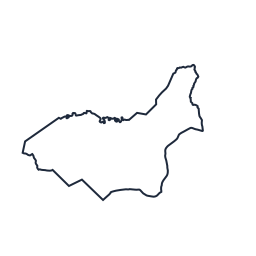 outline of Nueva Arcadia, Copán, Honduras, rotated 42°
{"feature_id": "27666195B2783617949739", "entity_name": "Nueva Arcadia", "entity_type": "district", "adm_level": 2, "iso_a3": "HND", "parent_name": "Honduras", "parent_adm1": "Copán", "projection": "mercator", "projection_center": [-88.713, 15.107], "detail": "fine", "context": "isolated", "style": "outline", "palette": "slate", "viewbox_px": 256, "rotation_deg": 42, "n_neighbors": 0, "source": "geoboundaries", "source_scale": "gbopen_adm2", "svg_char_len": 5679}
<svg xmlns="http://www.w3.org/2000/svg" viewBox="0 0 256 256"><g transform="rotate(42 128 128)"><path d="M125.3,57.3L129.5,69.8L129.9,73.2L129.4,78.8L129.4,82.9L129.8,88.1L133.1,91.6L132.3,105.9L124.6,110.7L123.3,121.4L123.0,121.5L122.8,121.6L122.2,122.4L121.3,123.3L121.0,123.5L120.4,123.7L119.5,124.3L119.3,124.6L119.3,124.8L119.4,125.0L119.3,125.3L119.1,125.4L118.9,125.4L118.6,125.4L118.0,125.1L117.8,124.9L117.2,124.3L117.0,124.1L116.6,124.0L116.4,124.1L116.2,124.5L116.4,124.8L116.6,125.0L117.1,125.2L117.5,125.5L118.1,126.9L118.4,127.7L118.4,128.0L118.4,128.6L118.2,129.0L117.8,129.1L116.8,128.8L116.3,128.8L116.2,128.7L115.6,128.0L115.5,127.9L115.2,127.9L114.8,128.0L113.8,128.4L113.6,128.6L113.4,128.9L113.4,129.3L113.5,129.5L115.1,129.6L115.3,129.7L115.5,130.0L115.5,130.5L115.3,130.9L115.0,131.1L114.4,131.2L113.6,131.2L113.3,131.1L113.2,131.0L112.9,130.6L112.5,129.6L112.2,129.2L111.7,129.3L111.3,129.4L111.2,129.6L110.9,130.8L110.8,131.0L110.7,131.2L110.2,131.5L109.3,132.0L108.6,132.2L108.1,132.4L107.9,132.5L108.0,132.8L108.2,133.0L108.9,133.3L109.2,133.5L109.0,134.3L108.9,134.6L108.8,134.8L108.5,134.9L108.2,134.9L107.4,134.0L106.9,133.7L106.2,133.6L105.6,133.6L105.4,133.7L105.3,133.9L105.1,134.2L104.9,134.9L104.6,135.4L103.9,136.1L103.1,136.5L102.8,136.8L102.7,137.0L102.7,137.3L102.8,137.5L103.0,137.7L103.4,137.8L105.3,138.0L106.8,139.0L107.1,139.4L107.3,139.7L107.2,140.1L106.9,140.4L106.8,140.5L106.7,140.5L105.9,140.3L105.1,140.2L105.0,140.4L104.7,140.8L104.5,141.5L104.4,141.8L104.2,141.9L103.8,142.1L103.1,142.2L102.7,142.1L102.4,141.9L102.0,140.4L101.7,139.7L101.3,139.4L100.9,139.2L99.9,139.2L98.7,139.3L96.1,139.7L94.0,139.9L93.1,140.2L92.7,140.4L92.1,140.8L91.6,141.1L91.3,141.1L90.5,141.1L89.8,141.1L89.5,141.0L89.3,140.8L89.1,140.7L88.7,140.7L88.4,140.9L87.1,142.1L86.4,142.5L86.0,142.8L86.0,143.0L87.2,144.6L87.2,144.8L87.2,145.0L85.4,146.0L85.1,146.6L85.3,147.1L85.2,147.7L85.1,148.0L84.6,148.8L84.3,149.7L82.3,152.0L81.5,153.1L81.2,153.4L80.9,153.5L80.7,153.4L80.4,153.3L79.8,152.8L79.2,152.5L79.0,152.4L78.8,152.4L78.5,152.5L77.2,153.5L77.1,153.9L77.2,154.4L77.3,154.7L77.7,154.8L77.9,155.0L78.1,155.6L78.2,156.2L78.0,156.7L77.5,157.3L77.0,157.7L76.5,158.0L76.0,158.3L75.4,158.3L75.0,158.5L74.4,158.9L74.2,159.2L74.2,159.3L74.2,159.5L74.3,159.6L74.7,159.7L74.8,159.7L75.5,159.2L75.8,159.1L76.2,159.1L76.6,159.3L76.7,159.6L76.7,160.0L76.6,160.4L76.2,161.1L76.1,161.6L75.7,161.7L75.1,161.2L74.6,160.9L74.3,160.9L74.0,161.1L73.5,161.6L73.2,162.1L72.7,163.4L72.1,165.0L71.9,166.1L69.8,166.7L60.5,206.8L66.3,216.9L67.0,216.7L67.4,216.6L68.1,216.2L68.7,215.7L69.4,215.3L70.5,215.0L71.6,214.9L72.2,214.7L73.3,214.1L73.5,213.9L73.7,213.6L74.1,211.8L74.3,211.4L76.0,211.8L76.7,212.2L77.6,212.8L78.1,213.1L80.1,213.5L81.2,213.8L81.5,214.0L81.7,214.3L82.5,215.5L83.0,215.9L83.6,216.2L85.8,216.7L86.1,217.0L86.9,218.1L87.2,218.3L88.4,218.7L89.4,218.8L89.5,218.8L89.8,218.1L90.0,217.9L90.2,217.7L90.6,217.5L91.3,217.2L92.1,216.7L94.7,214.7L95.6,214.2L96.5,213.6L98.4,212.1L99.1,211.3L99.5,210.8L99.8,210.2L100.0,209.6L122.9,210.6L128.3,197.2L157.6,198.2L158.1,193.5L158.5,190.0L158.5,188.9L158.5,188.1L158.4,187.9L158.2,187.5L158.2,187.4L158.3,186.9L158.8,186.0L159.8,184.4L161.1,182.5L161.9,181.5L163.9,179.0L167.5,174.9L167.9,174.6L168.7,174.0L169.2,173.5L169.7,173.1L170.0,172.5L170.2,172.3L174.5,169.1L175.5,168.3L177.4,166.4L177.7,166.2L178.1,166.1L178.7,166.0L183.0,166.4L186.9,165.7L188.1,165.1L190.8,163.4L192.6,162.2L193.2,161.7L193.7,161.1L194.1,160.5L194.4,159.9L194.7,159.0L194.8,158.5L194.9,155.1L195.4,153.5L195.5,153.2L194.9,152.5L193.6,151.4L192.4,150.0L191.9,149.2L191.4,148.0L190.5,146.8L190.1,146.1L189.6,144.6L189.3,143.0L188.8,137.7L188.5,136.6L188.0,135.5L187.2,134.3L185.9,132.8L185.5,132.5L184.3,131.6L183.4,130.8L182.6,129.9L178.4,126.7L175.6,125.0L174.4,124.0L174.1,123.7L173.6,122.9L172.9,121.9L171.4,120.5L170.5,119.5L170.2,118.9L170.0,118.4L169.8,117.9L169.7,117.1L169.6,115.5L169.7,114.3L171.2,106.9L171.5,104.7L171.6,103.7L171.6,102.9L171.4,102.1L170.9,100.6L170.4,99.1L170.3,98.6L170.4,98.0L170.6,97.1L170.9,95.9L171.9,93.2L173.3,89.1L174.3,86.4L174.5,86.0L174.8,85.7L175.2,85.3L175.8,85.0L176.5,84.7L177.9,84.2L178.8,83.8L179.4,83.5L180.2,83.0L181.3,82.4L184.9,80.7L185.2,80.5L185.4,80.3L185.4,80.1L185.4,79.9L185.0,79.5L182.1,77.0L181.2,76.5L180.2,75.7L179.4,74.9L177.7,72.7L175.6,72.0L174.2,71.7L173.1,71.3L171.2,69.8L167.5,66.3L166.8,66.3L165.9,66.2L165.2,65.2L163.9,65.3L162.9,65.6L162.3,65.9L161.7,66.3L161.4,66.9L161.1,67.1L160.7,67.4L160.4,67.4L160.0,67.2L159.5,66.7L159.1,66.5L158.9,66.5L158.4,66.5L157.7,66.5L157.1,66.4L156.7,66.0L156.2,65.5L155.6,65.0L155.3,64.6L154.6,64.3L154.4,63.6L153.9,63.7L153.2,63.6L152.8,63.2L152.4,62.4L151.7,61.0L151.4,60.0L149.9,57.5L149.7,57.0L149.6,56.3L149.7,55.8L149.0,55.0L149.2,54.1L149.2,53.8L148.8,53.2L148.4,53.0L148.3,52.9L148.3,52.7L148.3,52.4L148.1,51.8L147.9,51.3L147.4,50.7L147.1,48.2L146.7,47.6L146.3,46.8L146.0,46.1L145.8,45.5L145.8,45.0L145.9,44.5L146.1,44.2L146.0,43.7L146.0,43.1L145.9,42.8L145.8,42.7L143.7,41.8L142.9,41.8L142.3,41.8L141.4,41.2L140.9,41.2L140.4,41.2L140.3,40.9L140.2,40.8L139.7,40.5L139.1,40.3L138.6,40.3L138.4,40.2L138.2,40.1L137.4,38.6L137.3,38.4L136.9,38.3L136.8,38.2L136.6,37.8L136.5,37.5L135.1,37.2L134.8,37.2L134.6,37.2L134.3,37.5L134.1,37.7L133.9,38.0L133.8,38.4L133.8,39.5L133.7,39.9L133.0,40.9L131.5,42.0L131.3,42.2L130.8,43.1L130.3,44.6L129.9,44.9L129.5,45.1L129.2,45.2L128.6,45.4L128.2,45.5L127.8,46.1L127.1,47.6L126.0,48.4L125.6,49.6L125.1,50.1L124.7,50.3L124.6,50.6L124.7,51.1L125.2,51.9L125.1,52.9L125.2,53.1L125.3,53.5L125.9,54.5L126.1,55.1L126.0,55.6L125.6,56.6L125.3,57.3Z" fill="none" stroke="#1e293b" stroke-width="2"/></g></svg>